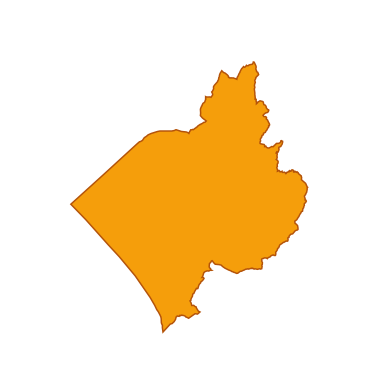 Lambayeque, Lambayeque, Peru, rotated 17°
{"feature_id": "86281439B97940066257739", "entity_name": "Lambayeque", "entity_type": "district", "adm_level": 2, "iso_a3": "PER", "parent_name": "Peru", "parent_adm1": "Lambayeque", "projection": "natural_earth1", "projection_center": [-79.825, -6.15], "detail": "fine", "context": "isolated", "style": "filled", "palette": "amber", "viewbox_px": 384, "rotation_deg": 17, "n_neighbors": 0, "source": "geoboundaries", "source_scale": "gbopen_adm2", "svg_char_len": 6053}
<svg xmlns="http://www.w3.org/2000/svg" viewBox="0 0 384 384"><g transform="rotate(17 192 192)"><path d="M234.7,304.4L232.8,304.0L230.2,301.7L229.6,300.7L228.2,300.6L226.8,299.9L224.9,300.6L223.7,298.5L221.9,296.7L222.6,296.0L222.4,295.3L222.4,293.8L222.9,291.7L222.6,289.6L222.8,289.0L223.4,288.5L223.7,286.0L224.4,282.9L224.5,282.8L225.1,283.0L225.8,282.6L225.8,279.0L226.1,277.8L226.8,276.4L226.7,275.5L228.0,273.6L228.7,271.4L228.7,271.0L228.0,270.6L227.0,270.5L226.6,270.7L226.9,269.7L226.9,265.7L227.7,264.4L229.2,263.2L229.8,262.9L230.8,262.8L231.4,262.5L232.5,261.3L233.3,261.3L233.7,261.1L232.5,260.8L232.2,259.9L231.2,259.5L230.3,258.6L229.6,255.4L230.6,253.5L230.7,252.4L231.3,251.8L231.8,252.0L233.1,253.1L235.3,254.3L239.3,253.5L241.0,253.4L241.6,253.5L242.7,254.2L245.8,255.2L250.0,255.9L252.1,256.0L253.2,256.4L255.0,256.4L255.5,256.6L256.5,256.5L258.4,256.8L259.5,256.3L261.3,253.8L262.6,253.2L263.6,252.2L264.8,251.3L265.8,250.2L267.4,249.5L268.0,249.0L268.4,249.2L268.9,249.1L270.2,248.0L270.9,248.0L271.2,247.5L271.9,247.2L272.6,247.5L273.3,247.2L273.9,247.6L274.8,247.0L277.2,246.8L279.1,245.6L280.0,245.7L281.1,245.0L280.8,242.7L280.1,241.4L280.4,240.7L280.0,238.9L278.8,237.7L278.8,236.9L278.3,236.2L278.4,235.5L279.3,234.8L279.9,234.6L280.2,234.1L280.8,233.7L282.6,233.4L283.5,233.7L283.7,233.0L284.8,231.8L285.6,231.3L286.2,229.9L287.6,228.7L288.6,228.4L289.1,228.7L290.3,228.3L290.4,227.9L290.2,226.6L289.6,225.1L290.0,224.3L290.5,222.3L290.4,221.0L291.2,219.9L291.4,217.1L291.9,216.2L292.7,215.5L294.1,213.4L294.6,213.3L296.2,211.5L297.8,211.0L297.9,209.8L297.1,208.0L297.3,207.5L298.0,207.1L297.8,206.2L298.0,205.0L298.3,204.7L298.7,203.6L300.5,202.6L302.0,199.0L303.0,198.0L303.7,197.7L304.3,196.9L303.9,195.5L302.8,193.3L301.2,192.3L299.7,191.8L298.8,189.9L300.3,187.9L301.0,185.0L301.3,184.5L301.7,181.6L302.1,180.9L302.4,178.8L303.3,178.1L302.9,175.4L303.3,174.7L303.3,173.7L303.1,173.1L303.4,172.0L302.8,170.7L303.1,169.8L303.7,169.0L304.0,167.3L303.1,166.4L302.4,166.5L302.2,165.5L300.8,163.3L300.7,162.7L301.4,161.3L301.3,160.3L301.7,158.9L301.4,156.0L300.9,154.3L301.2,153.7L300.7,153.5L298.1,150.5L293.1,148.3L292.5,145.8L292.1,145.5L291.8,144.7L288.3,143.2L288.0,142.6L286.6,142.0L286.2,142.6L285.5,142.3L284.6,142.6L284.3,142.2L283.7,143.2L283.1,143.0L283.0,142.6L283.1,142.3L282.6,141.6L281.2,141.5L280.4,142.7L280.5,143.2L279.5,143.6L279.4,143.2L279.0,143.1L278.9,144.2L278.3,144.1L277.8,145.1L277.1,145.3L276.8,145.8L276.7,146.7L276.4,146.9L276.1,147.0L275.8,146.4L274.6,146.0L273.1,146.8L272.2,146.5L272.1,146.0L271.8,146.3L271.3,146.3L271.0,146.7L270.3,147.0L269.1,146.0L268.7,145.9L268.4,146.1L268.0,147.0L267.7,147.2L267.7,146.6L265.9,143.8L266.0,143.1L266.2,142.6L265.9,142.1L265.5,140.9L265.5,139.7L265.8,139.3L265.5,137.8L264.7,136.9L263.1,136.3L263.4,135.6L263.3,133.7L263.0,133.4L262.6,132.2L262.5,130.9L262.0,130.0L261.1,130.2L261.1,129.4L261.4,129.0L261.4,128.7L262.5,128.8L262.7,128.5L262.8,126.1L262.6,125.3L262.2,124.9L262.0,123.9L263.6,122.5L263.7,122.1L263.7,121.4L264.1,120.5L264.2,119.6L264.1,117.7L263.8,117.0L263.2,117.1L262.7,116.7L262.3,116.8L262.0,117.1L262.1,118.5L261.5,119.5L260.7,120.1L258.5,120.9L257.7,122.6L257.1,123.3L256.6,124.8L256.0,125.1L255.1,125.1L252.8,127.4L251.7,127.7L250.6,127.6L250.0,127.4L249.2,126.6L248.2,127.3L248.0,126.3L247.1,125.5L243.9,125.8L242.9,125.7L242.4,124.2L242.7,123.2L241.9,121.6L242.0,120.4L242.4,120.0L242.6,119.4L242.4,118.8L242.6,117.9L242.4,117.5L243.5,116.4L243.2,114.9L244.7,113.5L244.9,111.9L245.4,111.1L245.7,109.1L246.4,107.1L246.0,106.6L245.9,106.2L246.5,105.6L246.6,105.1L246.0,104.1L244.3,102.4L243.2,101.1L241.6,100.4L241.6,99.2L240.8,98.5L240.3,98.4L238.9,98.9L237.5,98.0L237.8,97.1L238.8,95.5L239.7,94.5L240.4,94.3L241.3,93.3L241.5,92.5L241.5,91.4L241.2,91.0L240.8,91.2L239.6,90.6L238.4,89.7L237.9,88.6L236.8,87.6L235.1,87.4L233.8,85.1L233.1,84.8L230.4,84.9L228.5,87.0L228.5,87.7L227.8,88.8L227.3,87.0L226.7,86.4L226.3,84.7L225.8,84.4L225.2,84.7L224.8,83.1L224.5,82.6L224.2,81.6L223.8,81.1L223.1,78.8L221.7,75.8L221.4,74.7L221.6,74.0L221.3,73.1L220.7,72.4L220.3,69.8L220.6,69.0L220.1,68.0L219.5,67.3L219.5,66.1L219.8,64.9L219.5,64.1L220.0,63.1L220.0,62.6L220.5,62.1L221.4,60.3L219.9,58.3L218.6,58.0L218.0,56.8L217.1,55.9L216.8,53.7L216.1,52.5L213.8,50.0L213.3,49.6L212.6,49.8L212.7,50.7L212.5,51.8L212.1,52.4L211.6,52.5L209.9,53.5L209.2,54.1L208.7,54.9L207.7,55.1L207.0,54.9L206.7,56.1L205.9,57.3L205.2,57.3L204.6,57.0L204.1,58.3L203.4,59.6L202.8,62.5L202.8,63.7L202.4,65.1L202.1,68.0L201.7,69.0L201.9,71.1L200.7,70.8L200.4,71.0L198.3,70.8L194.5,71.9L193.7,71.4L193.4,71.6L192.7,70.4L191.6,69.7L188.9,68.6L187.2,68.5L185.0,67.3L184.2,70.3L184.1,72.2L184.4,73.7L184.2,74.9L184.5,76.8L184.1,78.5L184.2,79.0L182.2,83.4L181.8,84.9L182.1,86.1L182.5,87.0L182.1,89.5L181.6,90.6L182.7,91.7L183.4,93.0L182.5,95.9L181.6,95.8L178.2,96.9L177.2,96.8L177.5,97.4L177.4,98.2L178.1,99.0L177.9,99.8L177.9,102.0L177.5,102.9L176.6,104.0L176.3,105.6L176.4,106.5L176.0,107.1L176.0,108.2L175.8,109.4L175.9,110.6L177.2,114.0L177.7,116.5L180.4,118.2L184.9,119.9L184.0,121.5L182.7,122.1L181.9,123.4L180.8,124.2L180.6,124.9L180.0,125.0L178.2,127.3L177.6,128.7L177.1,129.0L176.8,129.8L176.1,130.4L175.2,131.9L174.3,132.0L173.6,132.6L172.6,132.9L172.0,135.6L171.9,136.9L170.7,136.4L168.9,136.3L164.1,137.2L158.7,137.1L158.2,137.3L157.1,138.4L154.8,139.6L143.6,143.0L141.2,144.3L135.8,148.0L133.3,150.2L132.1,152.1L130.5,154.0L129.5,157.2L128.0,158.8L127.1,159.3L125.7,161.5L102.5,200.9L79.7,239.1L98.7,249.6L127.7,267.2L141.3,275.1L162.2,288.8L182.7,305.0L189.5,311.3L192.7,314.8L194.7,316.3L197.2,318.8L198.7,320.5L199.6,322.2L200.8,325.7L201.3,326.6L202.7,328.2L203.3,330.3L205.2,334.4L209.8,324.7L211.6,323.5L212.1,322.4L212.8,321.3L213.5,318.6L213.3,316.3L213.7,315.9L214.1,314.9L216.0,314.7L216.3,314.3L216.3,313.8L216.8,313.9L217.1,313.7L217.1,313.4L217.8,313.2L218.2,312.7L219.0,312.8L219.3,312.6L221.1,312.6L221.7,312.7L222.5,313.3L222.8,313.2L225.7,313.7L230.5,307.5L233.0,307.1L234.7,304.4Z" fill="#f59e0b" stroke="#b45309" stroke-width="1.5"/></g></svg>